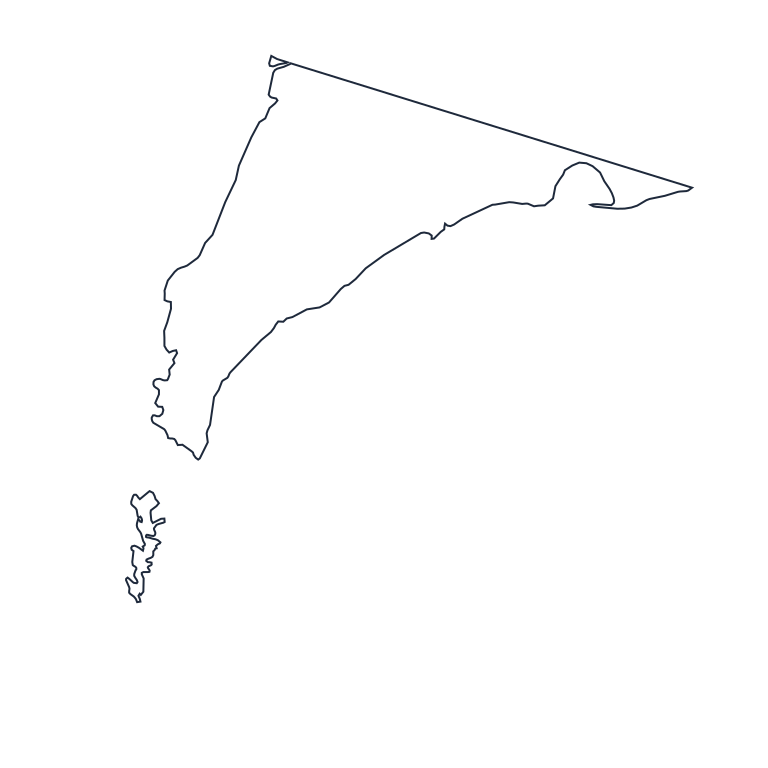 an SVG outline of Tierra del Fuego, rotated 107°
{"feature_id": "ARG-1272", "entity_name": "Tierra del Fuego", "entity_type": "National Territory", "adm_level": 1, "iso_a3": "ARG", "parent_name": "Argentina", "parent_adm1": "", "projection": "mercator", "projection_center": [-65.869, -53.846], "detail": "fine", "context": "isolated", "style": "outline", "palette": "slate", "viewbox_px": 768, "rotation_deg": 107, "n_neighbors": 0, "source": "natural_earth", "source_scale": "10m", "svg_char_len": 4368}
<svg xmlns="http://www.w3.org/2000/svg" viewBox="0 0 768 768"><g transform="rotate(107 384 384)"><path d="M104.6,566.9L104.8,513.2L105.0,459.8L105.2,406.8L105.4,354.1L105.6,301.7L105.8,249.8L106.0,198.1L106.2,146.8L110.0,149.6L111.1,151.2L113.4,157.3L114.3,159.1L121.9,170.4L129.4,184.1L131.5,186.8L139.4,194.0L142.9,199.0L145.9,205.1L148.2,212.2L152.5,232.8L152.9,235.7L152.3,238.8L151.1,236.8L149.7,232.8L146.5,218.9L143.7,217.2L141.4,217.5L138.5,219.1L134.9,221.9L131.5,225.3L125.7,232.6L118.6,239.2L114.7,248.2L113.7,255.0L115.2,262.0L120.0,267.8L126.7,273.5L131.4,273.9L136.7,275.7L144.7,277.9L157.1,276.6L166.1,282.5L168.4,288.7L170.2,292.5L169.5,299.2L169.9,300.8L171.4,304.5L172.6,313.5L173.5,317.4L179.9,330.1L180.9,332.7L203.0,357.3L211.0,363.6L213.6,366.6L214.0,369.6L212.8,372.5L215.9,372.2L218.5,371.6L221.9,374.2L230.3,378.7L231.3,380.9L228.1,381.8L226.9,385.2L227.4,389.9L228.8,392.8L260.5,421.6L278.7,435.3L291.9,441.8L299.5,446.9L301.7,450.5L305.8,453.1L322.1,460.4L329.6,468.0L335.2,479.6L346.8,491.2L349.8,496.2L353.9,498.5L355.1,503.4L359.0,504.9L362.6,505.6L367.3,507.3L377.7,514.1L417.5,534.2L419.1,534.8L422.3,535.1L423.9,535.6L427.9,539.2L429.1,539.7L438.0,540.3L446.1,542.7L474.0,538.4L479.9,539.3L483.0,539.2L491.2,535.5L509.0,538.4L510.6,539.6L509.6,542.5L507.4,545.3L505.4,546.6L504.6,548.3L501.0,559.0L501.5,560.1L502.2,562.2L502.7,563.3L498.8,567.0L497.9,568.5L498.0,570.4L498.6,572.6L498.8,574.6L496.2,576.1L492.5,579.5L491.5,580.9L488.5,593.3L487.1,594.9L485.4,595.9L484.0,596.3L481.5,595.7L481.0,594.0L481.2,591.8L480.4,589.3L477.3,587.3L473.4,587.4L470.7,589.4L471.7,593.4L469.1,597.2L459.7,596.2L455.7,597.4L454.7,599.1L454.2,601.2L453.4,603.1L451.8,604.4L449.4,605.0L447.5,604.5L445.9,602.9L444.7,600.3L444.6,599.3L444.9,596.4L444.7,594.8L444.2,593.5L443.7,592.4L442.1,592.0L440.0,591.9L437.7,591.7L433.0,593.7L425.3,590.5L422.4,592.8L415.0,590.9L412.5,592.7L414.2,595.7L416.7,598.6L414.7,602.0L411.8,605.1L404.0,607.5L397.5,609.8L388.3,609.3L374.3,609.7L367.9,611.8L368.3,615.3L367.9,618.4L361.7,620.1L358.8,621.2L348.3,621.0L338.0,617.0L334.5,614.9L332.1,612.1L330.1,609.1L328.2,606.8L317.9,599.1L314.7,597.9L301.4,596.3L291.5,591.6L256.4,589.0L232.3,585.4L217.6,586.6L186.9,583.0L170.0,579.7L164.7,575.2L153.6,574.1L147.5,570.2L144.0,568.8L142.5,570.6L142.9,575.2L142.5,576.9L141.0,578.9L118.7,580.9L115.7,580.1L113.6,578.2L110.0,572.6L105.3,567.2L104.6,566.9ZM656.0,556.3L658.3,556.9L660.9,554.7L663.3,553.3L664.8,556.3L662.3,558.3L661.4,559.5L660.4,561.1L659.0,565.2L658.1,566.7L656.4,567.2L654.2,567.5L652.8,568.3L646.9,573.4L645.6,573.6L644.1,572.6L644.8,570.7L646.9,566.3L647.3,565.1L646.8,562.2L645.4,561.8L643.7,563.1L642.1,565.1L640.5,566.8L638.7,567.3L634.6,567.1L634.1,566.8L633.4,566.7L632.2,567.2L631.6,568.1L631.2,569.3L631.0,570.4L630.6,571.3L627.8,572.7L617.0,574.7L616.3,576.8L614.7,577.8L612.9,577.5L611.6,575.4L611.7,573.2L612.3,570.4L613.9,565.8L611.7,565.9L610.9,566.3L610.0,567.2L608.3,565.7L606.9,565.9L604.4,568.5L598.0,572.6L596.8,573.9L594.7,576.8L593.3,578.1L591.4,579.1L589.4,579.5L585.3,579.6L585.6,578.8L585.9,578.2L586.2,577.5L586.9,576.9L586.9,575.4L585.5,575.4L584.3,575.9L583.1,576.8L582.1,578.1L582.6,578.4L583.6,579.6L582.2,581.0L576.6,583.8L575.3,585.4L573.6,589.2L572.6,590.6L570.6,591.3L564.6,591.2L563.0,590.6L562.4,588.8L563.1,587.4L564.4,585.8L565.5,583.8L555.0,576.9L555.6,573.1L558.1,570.7L560.9,568.8L562.2,566.5L563.8,564.4L567.3,565.9L573.0,570.0L575.4,569.6L582.4,566.7L584.5,564.5L578.1,557.8L576.9,554.7L580.1,553.4L581.1,554.4L583.9,558.8L585.3,560.4L589.3,561.8L590.5,561.3L592.7,559.4L593.7,559.0L594.6,558.9L595.8,559.1L596.8,560.1L597.2,562.5L597.3,565.5L597.6,566.8L598.4,567.2L599.8,566.9L600.0,565.9L599.7,564.6L599.6,563.3L599.6,559.9L599.3,557.2L599.5,554.6L600.8,551.5L601.9,551.7L603.5,553.5L605.5,554.7L607.6,553.4L608.2,554.5L608.7,554.7L609.2,554.7L610.0,554.9L611.5,555.7L615.0,554.6L617.0,554.9L618.5,556.3L619.9,558.2L621.3,559.7L622.6,559.7L623.4,557.8L622.9,555.7L622.8,554.1L624.6,553.4L625.5,553.9L627.1,555.8L628.3,556.3L629.2,555.7L630.0,554.5L631.0,553.5L632.2,553.4L632.8,554.6L634.2,559.1L635.4,560.4L636.8,560.0L640.2,557.0L653.0,553.4L656.8,554.9L656.0,556.3ZM103.2,587.7L104.5,581.2L104.6,570.2L105.7,571.5L108.4,576.9L109.5,578.7L111.7,581.4L112.7,583.0L113.1,586.2L110.9,587.6L103.2,587.7Z" fill="none" stroke="#1e293b" stroke-width="2"/></g></svg>